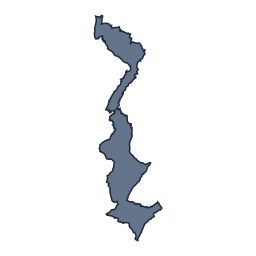 Vélez, Santander, Colombia (Albers equal-area conic projection)
{"feature_id": "7082276B66951297608622", "entity_name": "Vélez", "entity_type": "district", "adm_level": 2, "iso_a3": "COL", "parent_name": "Colombia", "parent_adm1": "Santander", "projection": "albers", "projection_center": [-73.706, 6.241], "detail": "fine", "context": "isolated", "style": "filled", "palette": "slate", "viewbox_px": 256, "rotation_deg": 0, "n_neighbors": 0, "source": "geoboundaries", "source_scale": "gbopen_adm2", "svg_char_len": 5940}
<svg xmlns="http://www.w3.org/2000/svg" viewBox="0 0 256 256"><path d="M152.0,217.7L153.9,216.9L154.2,216.1L153.4,214.4L154.1,212.9L155.5,212.7L159.0,210.1L160.4,210.0L161.8,208.2L161.7,207.6L160.3,206.0L158.4,202.7L157.7,202.9L157.5,202.4L157.3,203.2L157.0,203.0L155.8,203.6L153.4,205.5L151.2,206.5L151.5,206.9L150.0,207.1L148.1,207.9L147.9,207.6L147.3,207.6L147.4,208.3L146.5,207.1L146.7,206.8L145.4,207.0L144.1,206.7L143.7,206.3L142.6,206.5L140.8,206.2L141.5,205.3L140.0,204.5L139.9,203.9L138.4,204.0L137.8,203.6L137.3,204.1L136.5,204.2L136.5,203.8L135.3,204.3L134.8,203.0L134.2,203.1L133.1,202.8L133.0,201.8L129.3,201.7L126.7,200.1L127.9,198.1L128.2,195.5L130.0,192.9L130.3,191.6L131.0,191.0L132.1,188.5L134.0,186.0L134.7,185.7L138.0,182.0L138.8,181.6L139.7,180.5L140.2,178.6L141.8,176.1L142.3,174.3L143.6,174.0L144.0,173.0L145.5,172.0L146.5,170.5L147.4,167.4L148.2,166.2L150.2,164.1L150.6,162.9L150.3,162.6L149.5,162.7L147.3,163.9L145.0,164.5L142.6,162.8L140.2,162.5L137.1,160.2L136.2,158.9L135.0,158.3L132.6,155.2L132.0,155.0L129.9,152.9L129.8,151.7L129.4,151.3L129.3,150.6L129.9,149.6L129.6,148.2L129.9,147.5L129.4,144.4L129.6,142.4L129.9,142.1L130.4,139.5L131.3,138.8L132.1,136.0L132.0,134.2L131.4,133.4L131.9,132.4L132.1,129.2L131.7,128.7L132.0,127.7L131.2,127.3L131.3,126.4L130.9,126.1L131.1,125.5L130.4,125.1L130.4,124.7L131.1,124.5L131.2,124.0L130.8,123.6L129.2,123.6L128.2,123.0L128.1,122.2L127.5,121.8L127.1,119.6L127.2,117.0L126.5,116.1L126.9,115.5L125.4,115.1L124.9,115.8L124.5,115.3L123.8,115.0L123.6,114.0L122.6,114.0L122.1,113.1L120.9,113.1L121.1,112.0L120.7,111.5L120.9,111.1L120.4,110.8L119.9,108.3L118.9,109.6L118.3,109.4L118.2,108.6L117.9,108.5L117.5,108.5L117.1,109.4L116.5,108.7L117.0,108.4L117.6,107.1L119.1,105.5L119.1,104.0L118.2,102.9L119.7,101.3L119.1,100.5L120.1,99.8L120.0,98.5L121.2,97.7L123.0,94.0L122.3,93.4L123.2,93.1L123.3,91.5L124.8,90.4L125.8,89.1L125.7,88.2L126.2,86.9L128.0,86.0L128.7,83.6L130.9,82.8L133.5,79.4L134.5,78.7L134.6,77.7L135.3,78.1L135.7,77.8L135.9,76.7L134.7,75.8L134.5,75.2L135.1,74.4L135.8,74.1L137.4,74.1L137.5,72.8L136.7,71.5L137.3,70.5L138.2,69.8L138.1,69.2L137.7,69.2L136.9,67.2L136.9,65.2L137.4,63.0L139.1,60.9L140.6,61.0L140.2,59.6L142.2,58.7L144.0,54.9L144.9,54.2L144.6,52.6L143.6,51.3L143.7,50.8L144.8,50.8L145.0,50.3L144.6,49.7L143.1,49.4L142.2,48.6L141.8,46.4L139.6,43.1L138.2,43.0L137.4,43.3L133.4,42.5L132.9,41.8L130.5,43.3L131.6,38.5L131.1,37.8L129.8,37.9L129.4,37.1L130.5,34.0L129.3,34.1L128.4,33.1L126.5,33.6L125.8,32.5L123.6,32.2L123.6,31.6L122.7,31.4L121.5,30.5L120.3,31.5L119.9,31.4L119.7,30.6L120.3,29.4L119.4,28.0L119.3,26.9L119.1,26.8L118.2,27.4L115.8,27.4L112.0,28.1L111.6,27.6L111.6,25.3L110.0,25.5L108.8,23.8L105.7,23.2L101.2,24.0L102.0,22.2L101.8,20.4L102.7,16.0L101.5,15.4L99.8,17.8L99.3,17.0L98.1,16.7L97.2,16.8L95.7,16.2L96.3,19.0L96.2,21.5L94.6,29.0L95.0,31.8L94.2,33.6L94.7,34.8L94.5,36.1L95.6,38.8L95.9,39.0L98.2,38.6L97.8,38.0L98.7,37.5L99.2,37.7L100.0,36.6L102.6,36.1L102.6,36.5L102.2,36.8L102.1,38.3L102.4,38.5L102.7,38.3L103.1,39.3L102.4,39.2L102.3,39.5L103.1,39.8L103.1,41.0L103.6,41.5L104.1,41.4L104.3,40.7L105.0,40.6L105.3,42.0L104.9,42.5L105.8,43.5L106.1,44.6L107.2,45.7L107.7,47.4L107.5,48.7L112.8,52.1L113.6,53.8L114.8,55.2L115.7,55.8L117.5,56.2L119.9,57.9L123.6,61.6L125.6,62.7L127.5,63.1L129.7,65.9L130.4,65.9L130.2,66.4L130.6,69.0L130.6,69.7L129.8,70.9L127.8,71.6L127.3,71.4L126.8,71.9L126.7,70.7L126.2,71.2L125.7,72.5L125.7,74.0L124.2,75.9L124.2,77.0L123.4,77.5L123.4,78.4L121.2,79.0L120.5,79.5L120.7,79.8L121.4,79.8L121.5,80.6L121.0,81.5L121.5,81.6L120.2,84.8L118.1,86.3L116.7,89.7L115.7,90.3L115.4,91.0L114.0,91.7L114.1,92.3L111.4,96.6L110.3,99.1L109.1,100.5L109.3,101.0L108.9,101.3L109.2,101.9L108.5,103.1L108.3,104.7L107.5,106.0L107.5,107.3L106.7,107.8L106.0,108.9L106.1,110.0L107.1,109.8L107.6,109.9L107.8,110.3L108.6,110.0L108.4,110.5L108.7,111.2L109.7,111.3L110.0,111.8L109.5,112.2L109.7,112.8L110.6,112.6L110.7,112.2L111.1,112.0L111.1,111.1L112.2,110.7L113.6,111.1L114.6,110.4L114.9,111.6L114.5,112.1L114.7,113.2L113.6,113.2L113.4,114.3L112.8,114.5L112.4,114.2L109.8,116.6L109.8,119.0L109.4,119.3L109.5,120.3L110.2,120.7L110.5,120.4L111.9,120.4L112.0,121.1L112.8,121.4L112.8,122.0L113.3,122.2L113.1,122.9L113.5,123.4L113.4,124.4L112.8,124.7L113.6,125.1L113.3,126.1L114.0,127.4L113.9,128.1L115.3,128.4L115.5,128.7L114.8,130.0L114.9,130.5L114.3,131.0L114.5,131.5L114.2,131.7L114.1,132.4L113.4,132.5L113.1,133.8L112.4,133.7L112.1,134.0L111.9,134.8L111.5,134.9L110.9,135.9L110.0,138.9L108.9,139.7L107.6,139.5L106.1,140.7L105.2,140.8L101.9,142.9L101.4,143.9L100.2,144.5L99.8,145.6L100.1,146.7L99.2,148.6L100.2,150.3L99.9,151.3L100.9,151.6L101.2,152.1L101.9,152.0L102.4,152.7L103.8,153.2L105.0,154.8L106.6,158.8L108.0,158.9L108.3,159.2L108.9,159.3L110.5,158.9L110.8,159.2L111.4,159.1L114.3,162.0L113.7,166.8L112.8,169.1L113.1,169.9L112.3,171.3L110.4,172.5L110.1,173.3L108.8,174.9L107.1,175.8L107.6,178.3L106.6,182.0L107.2,182.6L108.2,182.8L109.1,183.7L108.2,185.0L108.3,185.8L109.0,186.2L109.0,186.7L110.0,187.8L109.8,190.4L110.3,190.8L110.0,192.2L112.1,200.8L112.8,201.4L113.3,201.4L114.1,202.3L115.1,202.3L115.3,201.8L116.3,201.9L117.1,201.4L117.2,202.4L118.2,203.9L117.6,204.7L117.0,205.0L115.5,208.4L114.2,209.8L112.6,209.5L111.7,209.9L110.5,210.9L109.5,212.4L108.4,212.7L108.3,213.0L107.4,213.4L107.4,213.8L106.3,214.0L106.9,215.1L111.3,215.9L113.9,216.9L114.3,217.8L114.7,217.5L114.8,218.0L116.2,218.2L116.6,217.9L118.0,218.5L118.5,219.3L117.9,221.2L120.3,222.2L122.0,221.9L123.0,223.1L123.0,223.9L123.6,222.8L125.2,222.7L127.5,222.6L128.9,223.5L129.5,225.4L129.2,226.2L129.6,227.0L132.9,230.6L133.5,232.7L134.4,232.6L135.0,233.0L135.9,235.1L136.1,236.1L135.3,238.4L135.6,238.6L135.2,238.8L136.0,239.8L137.8,240.6L137.8,238.9L138.5,237.3L139.1,236.7L140.9,232.8L141.6,232.2L141.5,231.5L144.5,224.4L145.7,222.9L147.7,221.4L148.6,220.2L150.1,219.2L151.0,219.0L152.0,217.7Z" fill="#64748b" stroke="#1e293b" stroke-width="1.5"/></svg>